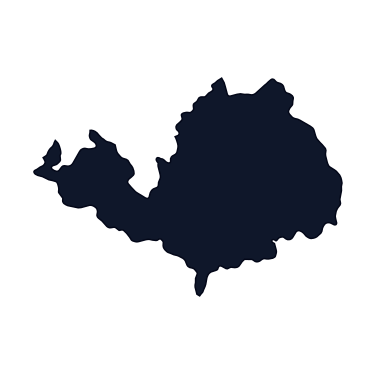 the district of Cotuí, Sánchez Ramírez, Dominican Republic, rotated 345°
{"feature_id": "3306468B72281596552802", "entity_name": "Cotuí", "entity_type": "district", "adm_level": 2, "iso_a3": "DOM", "parent_name": "Dominican Republic", "parent_adm1": "Sánchez Ramírez", "projection": "orthographic", "projection_center": [-70.199, 18.97], "detail": "fine", "context": "isolated", "style": "filled", "palette": "ink", "viewbox_px": 384, "rotation_deg": 345, "n_neighbors": 0, "source": "geoboundaries", "source_scale": "gbopen_adm2", "svg_char_len": 6059}
<svg xmlns="http://www.w3.org/2000/svg" viewBox="0 0 384 384"><g transform="rotate(345 192 192)"><path d="M57.1,120.3L57.6,122.1L58.0,124.4L57.7,125.7L56.8,126.8L55.6,127.7L54.7,128.1L51.6,128.7L48.4,129.9L45.7,130.5L44.9,131.0L44.6,131.4L44.5,132.4L44.8,133.3L45.3,134.2L47.3,136.0L51.5,138.4L56.9,143.1L60.2,144.8L63.0,146.5L64.0,147.5L64.4,149.4L64.4,152.7L64.1,154.8L63.3,156.9L63.1,157.8L63.3,158.6L65.5,164.2L65.5,165.0L64.8,167.0L64.7,167.9L64.9,168.9L65.3,169.9L66.8,171.6L68.5,173.0L78.0,177.8L80.8,178.3L89.6,178.3L91.2,178.7L93.1,179.9L95.0,182.0L95.5,183.1L95.8,184.1L95.8,185.2L95.6,186.8L94.4,189.3L94.1,190.3L94.3,191.8L95.0,193.2L97.6,196.7L100.8,203.1L101.7,204.2L102.9,205.1L104.4,205.5L107.5,205.8L108.8,206.4L111.7,210.2L114.2,210.4L115.1,210.7L115.9,211.2L118.1,214.8L120.1,219.5L121.1,222.8L122.0,223.8L124.4,225.3L125.9,225.9L127.6,226.1L135.2,226.1L137.5,226.4L139.0,226.9L141.2,228.1L144.7,229.5L145.9,229.6L147.8,229.0L148.6,228.9L149.5,229.2L149.8,229.5L151.1,231.8L151.3,233.0L150.2,236.5L150.1,238.1L150.3,239.1L150.8,240.6L152.2,243.0L153.2,244.1L155.2,245.5L158.3,247.9L161.1,249.4L162.4,250.3L166.1,253.7L167.0,255.0L167.7,256.5L168.3,261.3L168.8,262.7L170.1,264.2L172.7,265.6L173.9,266.5L174.7,267.8L176.0,270.8L176.1,271.6L175.8,272.6L173.1,276.4L172.0,280.4L170.9,282.7L170.4,284.7L170.3,292.0L172.5,294.3L174.5,292.7L176.1,291.7L176.7,291.1L177.8,289.5L180.2,286.5L181.4,284.6L184.2,278.6L185.5,276.8L186.7,275.6L187.5,275.0L189.1,274.3L190.1,274.1L194.5,273.9L195.9,273.7L196.7,273.3L197.9,271.6L198.5,271.0L199.2,270.6L199.7,270.6L200.6,270.8L201.4,271.3L205.1,274.8L206.4,275.3L208.8,274.8L210.2,274.7L213.8,276.1L215.4,276.3L216.4,276.3L217.5,276.0L218.5,275.5L222.4,272.2L225.3,270.6L232.4,272.6L233.1,273.2L235.0,275.4L236.0,276.0L237.0,276.3L238.0,276.4L239.6,276.2L242.1,275.2L243.6,274.9L244.6,275.0L247.2,276.1L248.9,276.5L252.9,276.8L255.0,276.3L255.8,275.7L257.1,273.6L257.9,272.0L258.2,270.9L258.3,269.1L258.3,263.1L256.9,261.8L256.3,260.6L256.4,259.7L257.1,259.0L257.6,258.9L258.5,259.0L259.2,259.5L260.5,260.9L261.8,260.4L263.3,259.2L264.2,258.8L265.6,258.6L267.1,258.7L268.1,258.9L268.9,259.4L270.5,261.5L272.0,262.7L273.5,263.1L274.6,263.2L276.2,262.8L277.5,261.9L282.2,257.4L283.7,256.8L284.7,256.8L286.2,257.4L287.9,258.9L289.2,260.7L290.8,264.1L291.9,265.4L293.1,266.6L294.0,267.2L295.0,267.7L297.8,268.0L299.4,267.9L301.0,267.5L305.9,265.0L307.2,263.6L308.6,260.8L309.9,259.1L311.6,257.6L313.1,256.8L315.2,256.7L316.8,257.2L318.2,258.1L320.9,260.5L321.8,260.8L322.7,260.7L323.4,260.0L323.7,259.2L323.8,255.1L324.0,252.9L324.3,251.9L326.3,247.8L327.7,246.1L328.9,244.9L331.6,242.9L332.4,241.7L332.6,240.7L332.8,238.0L333.0,237.1L336.7,229.4L337.7,225.3L339.2,222.2L339.5,218.9L339.5,216.7L339.0,214.0L336.8,209.4L335.4,207.6L331.8,203.7L331.1,202.8L330.7,201.7L330.4,200.0L330.3,198.3L330.4,191.8L330.8,189.6L332.1,186.5L332.1,184.5L330.0,180.0L328.5,177.4L326.5,173.3L326.2,172.3L325.9,170.0L325.8,164.1L325.7,163.0L325.1,161.4L323.3,159.1L314.8,150.6L313.0,149.1L310.2,147.6L308.7,146.4L308.1,145.6L306.3,142.1L305.9,140.6L305.9,139.6L306.3,138.6L306.9,137.7L308.4,136.1L311.2,134.1L311.8,133.4L312.9,130.2L313.9,128.1L314.2,127.1L314.1,126.1L313.8,125.1L312.5,123.3L311.3,122.2L308.9,120.6L308.3,119.8L307.8,117.9L307.7,113.6L307.4,112.6L307.0,111.7L305.7,110.2L302.8,108.4L301.8,107.4L300.7,105.3L300.2,104.5L299.1,103.8L298.2,103.7L297.4,103.9L294.4,105.3L291.8,106.8L289.9,107.6L278.8,113.3L277.3,113.7L275.7,113.8L274.6,113.6L271.5,112.2L267.9,111.3L264.2,109.7L260.8,109.3L254.0,109.3L253.0,109.1L252.1,108.6L251.6,107.7L251.4,106.7L251.4,98.7L251.3,94.7L250.1,89.7L245.5,91.1L242.6,92.6L239.9,93.4L239.1,93.8L238.6,94.5L238.5,95.3L239.1,97.3L239.0,98.1L238.6,98.8L238.0,99.4L236.7,100.0L233.7,100.8L230.2,103.0L229.3,103.4L228.4,103.4L226.4,102.8L225.0,102.5L223.6,102.7L222.8,103.1L221.0,105.0L220.0,105.9L216.9,107.1L216.2,107.6L215.6,108.9L215.2,111.5L215.0,112.5L214.0,113.5L212.5,114.4L211.3,114.8L210.4,114.8L207.8,113.8L206.7,113.6L203.9,113.5L202.4,114.0L201.8,114.6L201.6,115.3L201.6,118.3L201.1,119.6L200.4,120.2L198.0,121.6L194.9,123.1L193.6,124.5L193.3,125.5L193.2,126.5L193.3,127.5L193.7,128.4L194.5,129.6L194.8,130.5L194.9,131.6L194.6,132.6L193.9,133.4L193.0,133.8L190.0,134.2L190.4,136.1L190.6,138.5L190.7,141.5L190.5,143.8L189.8,145.8L188.2,148.9L187.4,150.2L185.8,151.3L182.3,152.2L181.1,152.9L179.9,154.4L179.4,156.6L178.8,157.7L177.9,158.1L176.5,157.8L174.9,156.5L173.0,153.5L172.0,152.5L170.3,151.7L169.2,150.6L168.3,150.1L167.4,149.9L166.5,150.3L165.9,151.2L165.8,152.3L166.2,153.9L166.9,155.1L166.2,157.0L165.9,158.6L165.8,166.2L165.7,168.0L165.3,169.6L164.8,170.6L162.2,174.1L161.2,176.9L160.5,178.0L159.3,178.6L155.8,179.0L154.3,179.5L152.9,180.5L151.4,182.1L149.2,186.0L148.2,186.7L147.7,186.8L146.3,186.3L145.5,185.7L139.0,178.9L137.5,177.2L134.5,171.7L132.4,167.3L132.3,166.2L132.5,165.2L133.0,164.4L133.7,163.7L134.5,163.1L137.2,161.9L139.6,160.6L140.3,160.0L140.8,159.1L141.2,156.6L141.0,153.3L140.4,151.2L139.4,149.0L138.3,145.0L137.0,143.5L134.1,141.7L133.0,140.8L132.1,139.5L130.6,136.4L130.2,135.5L129.8,133.9L129.7,132.2L129.9,126.6L126.3,123.3L125.0,122.5L123.2,121.6L121.7,120.3L120.2,118.1L118.7,116.5L116.9,113.2L115.6,110.4L114.0,108.4L112.8,107.4L111.0,106.4L109.5,106.1L108.9,108.1L107.6,110.7L107.4,111.8L107.4,113.4L107.6,114.4L108.0,115.4L110.8,118.8L111.5,120.3L111.7,121.8L111.6,122.7L111.1,123.6L109.8,124.3L108.8,124.4L105.6,124.2L102.9,123.6L99.8,122.1L98.2,121.9L96.1,122.3L95.1,122.8L93.8,123.9L85.0,132.8L83.7,134.0L82.2,134.8L81.2,135.1L79.6,135.1L78.6,134.9L75.5,133.6L74.0,133.5L72.6,134.1L69.3,136.7L68.3,137.1L67.2,137.1L66.2,136.8L64.4,135.6L63.0,134.0L62.5,133.1L62.5,132.1L62.6,131.6L63.3,130.9L64.6,130.5L67.6,130.4L69.1,130.0L72.0,128.4L73.0,127.4L73.3,126.5L73.9,122.7L75.1,121.1L75.4,120.2L75.7,118.6L75.8,116.3L75.7,113.4L75.4,111.1L74.9,109.6L73.3,106.8L71.8,108.5L70.8,110.1L69.8,111.2L68.7,112.1L66.4,113.3L65.1,114.3L63.5,115.9L61.5,118.6L60.2,119.3L57.1,120.3Z" fill="#0f172a" stroke="#020617" stroke-width="1.5"/></g></svg>